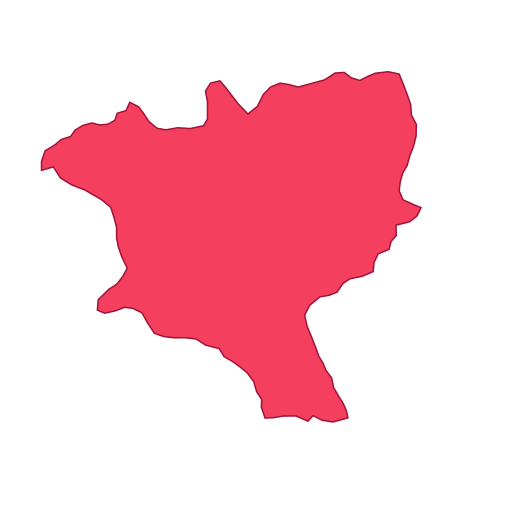 Arroio do Padre, Rio Grande do Sul, Brazil (Mercator projection), rotated 256°
{"feature_id": "56859067B75145798088973", "entity_name": "Arroio do Padre", "entity_type": "district", "adm_level": 2, "iso_a3": "BRA", "parent_name": "Brazil", "parent_adm1": "Rio Grande do Sul", "projection": "mercator", "projection_center": [-52.399, -31.438], "detail": "fine", "context": "isolated", "style": "filled", "palette": "rose", "viewbox_px": 512, "rotation_deg": 256, "n_neighbors": 0, "source": "geoboundaries", "source_scale": "gbopen_adm2", "svg_char_len": 1840}
<svg xmlns="http://www.w3.org/2000/svg" viewBox="0 0 512 512"><g transform="rotate(256 256 256)"><path d="M263.0,427.8L268.0,421.0L274.9,412.3L284.6,410.7L293.8,414.2L301.1,418.6L307.3,424.6L315.9,429.4L323.6,434.9L333.7,440.4L344.9,443.4L355.2,440.9L365.4,442.7L375.0,441.9L386.8,440.5L398.0,438.9L402.8,428.9L404.5,416.2L403.1,407.2L401.2,399.2L406.0,391.4L412.8,386.0L414.4,377.0L410.3,365.1L410.0,351.0L409.7,337.9L414.4,329.4L417.9,321.3L416.5,311.2L411.0,302.2L400.9,293.6L395.8,282.6L407.4,275.8L418.3,271.0L426.4,267.5L434.7,263.4L434.7,253.6L428.1,246.8L417.6,246.3L407.7,243.8L400.5,242.0L395.1,236.5L395.6,222.9L399.4,211.0L400.2,199.1L403.9,190.9L412.5,184.6L422.0,181.2L429.2,178.2L435.7,170.7L428.5,165.1L428.1,155.8L421.9,152.0L419.7,144.4L420.9,136.2L424.8,129.0L424.6,119.5L422.0,111.1L416.9,105.1L416.1,95.3L412.5,87.7L409.0,76.8L399.8,70.8L391.0,68.6L391.5,80.9L378.9,85.2L369.2,94.8L361.7,105.6L355.1,112.4L348.3,119.5L338.4,126.8L327.2,127.6L317.3,127.6L307.3,125.1L298.2,124.6L287.6,125.6L275.3,128.1L268.4,121.8L262.3,114.0L259.3,105.1L251.7,92.3L241.9,89.0L237.1,95.3L236.8,106.1L238.0,116.2L235.0,123.8L228.5,131.6L217.2,134.6L205.6,138.7L200.2,146.9L196.5,156.6L194.0,166.9L190.0,177.8L181.7,185.6L175.0,197.9L166.1,200.7L159.0,208.0L151.8,214.0L144.9,219.1L134.7,223.4L124.2,223.8L115.5,226.8L108.0,224.6L96.6,225.6L94.8,234.5L94.1,243.8L91.1,256.1L83.2,266.4L87.3,272.8L80.7,280.3L76.3,290.6L76.7,306.0L83.6,306.3L91.5,305.0L99.2,302.5L109.4,299.5L119.3,299.9L128.6,296.1L135.5,295.2L143.5,292.7L151.8,291.9L164.1,290.3L175.4,288.6L186.8,288.9L195.1,296.1L200.9,308.0L200.2,317.8L201.3,325.9L208.1,333.5L211.1,341.3L210.7,354.4L212.5,365.9L221.1,369.0L228.5,375.0L230.3,386.8L237.5,390.6L241.9,397.1L252.0,399.2L252.1,413.7L256.1,422.1L263.0,427.8Z" fill="#f43f5e" stroke="#9f1239" stroke-width="1.5"/></g></svg>